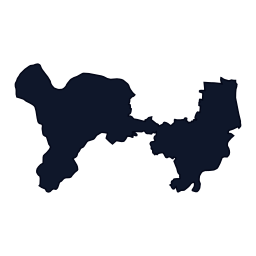 the district of Tu Nghia, Quảng Ngãi, Vietnam
{"feature_id": "81297802B55656475848083", "entity_name": "Tu Nghia", "entity_type": "district", "adm_level": 2, "iso_a3": "VNM", "parent_name": "Vietnam", "parent_adm1": "Quảng Ngãi", "projection": "robinson", "projection_center": [108.775, 15.091], "detail": "fine", "context": "isolated", "style": "filled", "palette": "ink", "viewbox_px": 256, "rotation_deg": 0, "n_neighbors": 0, "source": "geoboundaries", "source_scale": "gbopen_adm2", "svg_char_len": 5857}
<svg xmlns="http://www.w3.org/2000/svg" viewBox="0 0 256 256"><path d="M77.6,169.5L77.3,167.0L76.7,165.2L72.8,158.6L75.5,157.1L76.3,156.4L76.8,155.7L77.5,153.3L77.9,152.5L79.2,151.0L80.4,148.6L81.5,147.7L82.8,147.2L83.7,146.4L86.8,141.8L87.8,140.9L88.4,140.7L93.2,139.2L94.2,138.5L96.6,135.2L101.2,132.4L102.2,132.3L105.1,132.6L107.2,133.0L107.5,133.8L106.3,138.0L106.3,138.3L109.6,141.5L112.5,143.9L115.9,140.9L116.8,140.6L121.4,141.4L123.1,141.3L124.0,141.0L125.5,139.2L127.2,136.2L128.8,136.2L130.4,136.4L132.2,137.2L132.7,137.2L132.9,137.0L132.9,136.2L132.2,135.8L131.9,135.4L132.0,135.0L132.3,134.7L134.1,135.1L135.7,135.6L136.7,135.5L136.9,134.9L136.7,134.5L136.0,133.7L135.2,133.1L132.8,133.0L132.5,132.8L132.4,132.1L132.7,131.7L133.0,131.6L137.4,131.5L141.8,131.7L143.3,131.0L143.9,130.8L144.5,130.9L145.9,132.9L146.5,133.3L147.1,133.5L148.8,133.5L151.4,133.9L151.7,133.7L152.4,132.5L152.8,132.2L153.4,132.2L153.8,132.6L154.3,132.8L154.9,132.7L156.3,131.7L156.4,132.7L156.2,135.4L155.8,135.8L155.0,136.1L154.7,136.5L154.4,137.0L154.2,138.1L154.3,138.8L155.2,140.5L154.5,141.2L153.5,141.7L151.7,141.9L151.0,142.3L150.7,142.5L150.2,143.7L150.3,144.2L151.3,146.2L151.4,147.3L151.2,148.2L151.4,148.9L151.9,149.2L152.5,149.2L152.9,152.8L153.7,153.3L154.6,154.6L154.8,154.6L155.1,154.5L155.7,153.4L156.3,153.6L156.7,154.4L157.2,154.5L158.3,153.3L161.7,152.6L162.8,152.7L163.2,152.9L164.0,153.9L165.7,157.1L166.5,157.5L167.2,157.5L168.2,156.9L169.7,156.8L170.2,156.8L172.2,158.4L172.8,158.6L173.0,158.5L173.5,157.2L173.9,157.1L175.2,157.6L175.7,157.9L175.9,158.3L175.7,159.1L174.1,161.2L176.1,166.4L176.9,168.2L177.8,171.9L178.4,173.1L179.9,174.8L179.8,176.8L180.0,177.9L179.7,178.6L179.2,178.8L176.7,178.8L174.1,179.1L173.6,179.6L173.2,180.5L171.9,181.1L171.4,182.2L171.8,183.6L171.7,183.9L170.1,185.0L171.0,185.7L172.0,187.8L173.1,188.9L173.8,188.9L174.2,188.7L175.5,186.9L176.0,186.6L177.5,191.4L177.9,191.8L178.3,191.8L181.0,190.3L183.8,190.1L184.4,189.9L187.8,187.2L189.5,185.5L190.7,183.8L191.7,182.9L193.5,182.1L194.2,182.5L194.6,183.6L194.6,185.3L194.1,187.1L192.4,189.8L192.4,190.5L192.8,190.7L195.5,191.5L197.0,191.5L198.2,190.5L198.8,189.6L199.6,188.0L200.1,184.2L200.1,183.7L199.1,181.1L199.0,179.1L199.3,176.4L199.5,175.6L200.9,173.1L201.6,172.1L202.6,171.3L205.0,170.4L208.9,170.3L213.1,169.9L214.3,169.6L216.7,168.4L217.2,168.0L217.9,167.0L219.9,163.1L222.0,157.7L222.3,157.4L224.2,156.7L227.2,156.8L228.5,155.3L229.1,154.2L229.4,152.4L229.2,150.4L228.6,148.4L227.9,147.2L227.2,145.5L227.4,143.1L227.8,142.0L228.6,140.8L231.0,138.0L233.6,135.7L231.3,133.9L230.0,133.5L228.4,133.5L228.0,133.3L228.5,130.9L228.8,130.5L229.8,130.0L233.2,128.9L237.9,126.6L238.9,128.1L240.4,126.4L240.6,125.7L240.6,124.8L240.3,123.1L240.3,121.1L238.6,114.1L235.4,97.8L235.5,92.9L235.8,89.2L236.6,86.5L236.6,85.7L236.9,84.6L236.8,84.2L236.4,84.0L235.8,83.0L235.5,82.1L235.5,80.5L233.9,80.5L231.4,80.1L229.4,80.8L228.4,80.8L224.5,79.7L222.6,78.7L221.6,77.9L221.0,77.7L220.8,79.9L221.4,82.5L222.0,83.8L214.3,83.0L210.4,82.9L204.2,82.5L204.8,88.7L204.8,90.6L201.2,90.5L200.0,90.6L199.6,90.9L199.6,91.8L202.0,92.6L202.8,93.1L202.9,93.9L202.7,97.7L202.5,99.8L199.9,99.3L199.7,99.6L199.5,100.1L199.7,102.2L199.1,102.3L199.0,105.4L200.5,106.1L200.1,111.1L199.7,112.5L197.6,112.1L197.0,112.7L196.2,114.1L195.4,116.3L195.1,117.9L195.2,118.2L196.2,118.8L196.6,119.5L196.2,120.0L194.5,119.7L193.6,119.9L193.0,121.6L191.7,121.3L190.8,122.5L189.5,122.4L188.8,122.9L188.4,122.7L187.5,121.4L186.2,120.8L186.7,118.7L186.7,118.4L185.9,118.0L185.0,118.1L184.0,119.4L183.5,119.8L182.1,119.8L181.0,120.0L177.9,120.0L176.8,120.0L174.8,119.5L174.5,119.9L174.6,121.7L174.4,122.5L174.0,123.1L172.5,124.3L171.5,125.4L170.5,125.6L169.6,125.1L167.9,123.7L165.9,122.7L164.3,122.4L163.7,122.8L163.2,123.8L162.5,124.5L159.0,126.1L158.5,125.8L158.3,124.8L157.5,124.1L156.5,123.9L155.8,123.4L151.2,119.7L151.6,117.0L148.7,117.7L147.0,119.4L145.2,120.0L145.1,120.3L145.3,121.2L145.2,121.4L143.5,121.3L137.4,119.7L134.4,119.2L133.7,119.0L133.0,118.3L132.0,117.0L131.3,116.6L130.4,116.2L128.4,116.0L128.4,114.8L128.6,114.5L130.2,113.3L130.4,112.9L130.8,111.8L131.2,108.9L131.1,108.7L130.2,108.2L130.3,106.7L130.1,104.9L129.7,104.6L128.8,104.5L128.7,104.2L128.7,103.9L129.3,102.6L129.6,101.3L129.7,98.8L130.8,97.9L131.7,96.8L133.2,96.3L134.4,95.4L134.8,94.8L133.3,93.5L132.3,92.4L130.4,89.7L129.6,88.3L128.5,85.3L127.5,83.9L123.2,80.4L121.7,79.7L119.8,79.3L116.9,79.0L110.6,79.5L107.2,78.7L103.7,76.9L101.3,76.1L88.8,73.7L83.6,73.4L82.6,73.6L77.2,76.6L73.9,77.8L71.2,79.3L70.2,80.2L67.7,83.3L66.7,84.9L66.1,86.3L64.4,88.1L62.9,89.1L61.9,89.5L58.9,89.7L57.3,89.4L54.4,88.3L53.7,87.8L51.7,85.5L50.6,83.4L50.1,81.2L47.6,77.0L44.8,73.4L41.9,69.5L41.0,67.8L40.2,65.7L39.6,64.9L38.3,64.2L37.4,64.1L35.6,64.5L33.5,65.3L30.5,65.7L29.2,66.4L25.0,69.4L20.8,73.5L20.0,74.6L19.2,76.1L17.6,78.4L16.6,81.3L15.7,82.9L15.4,84.0L15.4,85.1L15.5,86.7L16.1,88.6L16.3,90.2L16.3,94.2L16.9,96.9L19.7,97.7L23.6,99.0L26.2,101.0L30.0,102.9L32.7,104.5L33.9,105.4L34.7,106.3L35.2,107.2L36.2,111.0L37.3,118.0L38.1,121.7L38.8,122.8L39.6,123.4L41.7,124.0L42.4,124.8L42.6,126.3L42.4,127.4L42.3,128.9L43.0,133.8L43.5,134.9L44.7,135.8L46.2,136.4L46.5,136.8L46.9,137.5L49.0,144.3L49.9,145.4L50.4,146.4L50.5,147.5L49.6,149.4L47.3,152.2L45.9,153.6L44.9,154.4L43.6,155.8L43.3,157.3L43.2,163.0L42.9,163.4L40.6,164.8L38.6,166.9L37.2,169.0L36.8,170.9L36.9,172.4L37.7,173.9L38.5,175.0L39.7,175.9L40.1,176.5L40.2,177.2L40.4,178.5L40.2,183.7L40.0,184.8L39.3,185.7L40.4,186.4L41.5,187.2L45.0,188.7L45.5,189.1L46.5,191.1L47.1,191.5L47.8,191.8L48.7,191.9L50.1,191.4L51.8,189.7L53.1,188.9L53.7,188.8L55.9,189.2L56.4,188.9L57.1,188.2L57.7,187.1L59.2,182.7L59.9,181.8L61.4,181.0L63.2,179.0L64.5,178.0L66.3,177.6L69.2,177.5L70.5,177.1L71.1,176.7L72.1,175.2L74.7,172.3L77.2,170.3L77.6,169.5Z" fill="#0f172a" stroke="#020617" stroke-width="1.5"/></svg>